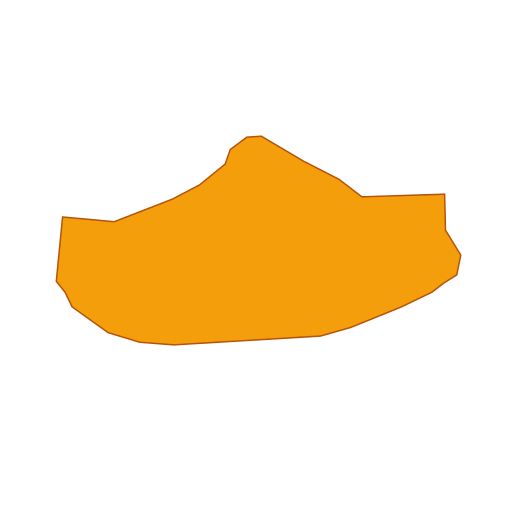 map outline of Borovnica (Natural Earth projection), rotated 290°
{"feature_id": "SVN-937", "entity_name": "Borovnica", "entity_type": "Municipality", "adm_level": 1, "iso_a3": "SVN", "parent_name": "Slovenia", "parent_adm1": "", "projection": "natural_earth1", "projection_center": [14.381, 45.913], "detail": "fine", "context": "isolated", "style": "filled", "palette": "amber", "viewbox_px": 512, "rotation_deg": 290, "n_neighbors": 0, "source": "natural_earth", "source_scale": "10m", "svg_char_len": 492}
<svg xmlns="http://www.w3.org/2000/svg" viewBox="0 0 512 512"><g transform="rotate(290 256 256)"><path d="M306.9,451.1L294.5,441.5L282.3,433.8L257.8,409.9L221.5,369.7L202.9,344.1L144.4,209.2L135.2,176.4L133.4,143.2L145.3,100.6L156.7,88.9L163.9,77.0L226.5,60.9L239.7,111.0L280.9,158.0L303.6,178.7L331.9,195.6L347.3,195.4L364.5,206.7L370.4,220.0L361.4,268.0L356.4,307.9L347.8,335.2L378.6,412.1L345.1,425.2L326.9,448.1L306.9,451.1Z" fill="#f59e0b" stroke="#b45309" stroke-width="1.5"/></g></svg>